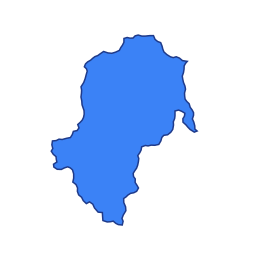 Santana dos Montes, Minas Gerais, Brazil (orthographic projection), rotated 112°
{"feature_id": "56859067B86300581362417", "entity_name": "Santana dos Montes", "entity_type": "district", "adm_level": 2, "iso_a3": "BRA", "parent_name": "Brazil", "parent_adm1": "Minas Gerais", "projection": "orthographic", "projection_center": [-43.666, -20.788], "detail": "fine", "context": "isolated", "style": "filled", "palette": "blue", "viewbox_px": 256, "rotation_deg": 112, "n_neighbors": 0, "source": "geoboundaries", "source_scale": "gbopen_adm2", "svg_char_len": 2229}
<svg xmlns="http://www.w3.org/2000/svg" viewBox="0 0 256 256"><g transform="rotate(112 128 128)"><path d="M168.3,193.2L172.1,192.3L175.3,190.0L178.2,190.5L180.4,187.4L181.5,184.0L184.0,182.7L186.2,181.2L189.5,183.5L192.0,182.1L192.8,178.2L191.4,174.3L188.7,171.9L186.6,169.4L186.6,166.7L187.6,163.8L190.9,161.2L194.8,159.6L198.8,158.9L199.9,155.0L202.5,152.3L205.7,151.2L208.5,148.7L209.6,145.1L212.1,142.3L213.7,138.3L210.9,136.0L211.8,132.1L214.7,129.1L217.2,124.2L216.0,120.1L219.4,118.5L223.2,116.6L222.9,112.1L221.5,109.2L219.9,106.8L221.0,103.5L221.2,100.8L220.1,97.0L216.3,97.6L214.1,99.7L210.5,99.8L205.5,99.0L202.0,100.7L198.7,104.0L195.0,105.6L192.6,104.0L190.1,102.9L187.6,101.1L185.9,98.4L183.5,96.3L179.7,95.8L177.7,98.3L175.8,101.0L172.5,102.2L170.9,104.7L168.1,106.2L165.1,105.7L162.1,105.0L158.9,105.1L155.5,105.7L152.2,106.6L150.0,108.6L146.3,107.8L143.5,107.6L140.4,108.3L137.7,105.4L137.1,102.7L135.2,100.1L134.0,96.7L131.7,93.3L127.6,92.7L124.1,93.1L121.4,92.1L119.4,88.7L115.8,86.7L112.5,86.0L108.2,86.9L105.3,88.3L101.8,88.3L99.1,89.0L94.6,90.8L92.4,87.8L92.4,84.4L93.0,80.8L96.0,80.1L98.8,80.6L102.0,79.2L103.4,75.4L104.8,72.8L106.1,69.9L107.0,65.0L104.9,62.8L103.9,65.6L101.0,66.9L97.9,69.2L95.5,71.7L91.6,72.0L89.2,73.0L87.3,75.2L85.5,78.1L82.6,80.4L81.4,83.4L79.8,85.9L77.2,87.4L74.4,88.7L70.5,89.2L67.8,90.9L65.0,93.6L62.4,95.4L59.6,97.1L55.9,97.3L52.4,98.1L49.4,99.2L46.6,98.9L44.0,98.0L45.1,102.8L43.9,106.5L43.9,110.0L45.8,112.4L46.1,115.3L45.4,119.4L44.0,123.2L41.8,125.3L39.3,127.1L36.6,129.7L36.7,132.9L35.7,136.1L32.8,139.0L34.2,142.4L36.3,146.4L37.6,149.6L38.0,153.4L39.9,155.9L42.8,157.1L44.0,160.0L44.4,162.7L46.5,165.3L50.1,163.9L53.5,164.2L56.0,164.8L59.3,165.1L62.3,167.9L64.8,171.0L65.9,174.7L66.2,179.3L69.8,181.7L72.1,183.1L74.2,185.4L76.5,186.8L79.2,188.1L81.8,190.2L84.5,191.4L87.6,191.4L88.6,188.8L90.5,187.1L93.7,186.8L98.4,186.2L102.4,186.1L107.4,187.0L110.2,185.2L113.1,184.2L116.9,183.2L120.2,181.0L123.7,179.3L126.0,177.3L128.3,175.3L131.6,173.8L134.9,173.2L137.9,173.4L141.0,174.6L143.6,175.9L146.3,173.5L149.4,174.2L151.6,177.4L154.9,177.2L158.4,177.8L160.7,181.3L163.3,184.7L164.2,187.8L166.5,189.8L168.3,193.2Z" fill="#3b82f6" stroke="#1e3a8a" stroke-width="1.5"/></g></svg>